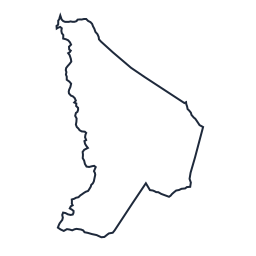 Ourém, Pará, Brazil (orthographic projection), rotated 92°
{"feature_id": "56859067B89824536702228", "entity_name": "Ourém", "entity_type": "district", "adm_level": 2, "iso_a3": "BRA", "parent_name": "Brazil", "parent_adm1": "Pará", "projection": "orthographic", "projection_center": [-47.142, -1.488], "detail": "fine", "context": "isolated", "style": "outline", "palette": "slate", "viewbox_px": 256, "rotation_deg": 92, "n_neighbors": 0, "source": "geoboundaries", "source_scale": "gbopen_adm2", "svg_char_len": 2511}
<svg xmlns="http://www.w3.org/2000/svg" viewBox="0 0 256 256"><g transform="rotate(92 128 128)"><path d="M20.5,173.6L20.6,175.8L21.2,178.0L21.2,180.1L21.5,182.2L23.0,183.2L23.7,185.1L23.8,187.2L23.5,189.1L24.0,191.0L24.1,194.6L23.4,196.5L21.9,198.1L17.9,199.6L19.7,200.1L21.7,200.5L23.2,201.5L25.3,201.4L27.2,201.4L28.5,203.0L31.1,202.7L30.0,201.0L29.4,199.3L30.6,197.7L33.3,198.0L35.6,197.4L37.4,195.9L40.9,195.9L41.5,193.1L42.4,190.9L44.4,189.0L46.7,187.8L48.8,189.8L51.6,189.5L52.7,187.9L54.2,188.8L55.3,190.4L57.2,188.9L58.8,188.3L61.0,187.5L63.6,187.0L66.2,188.8L68.1,190.4L70.2,191.9L72.3,192.2L74.3,191.5L76.8,191.9L78.8,191.0L81.9,190.9L83.7,188.2L85.7,186.4L89.0,187.0L91.9,188.2L93.7,188.5L95.5,188.2L97.6,186.2L98.3,184.2L100.0,182.3L102.5,181.1L104.4,182.6L105.3,180.5L107.8,180.6L109.6,178.6L111.5,178.5L113.6,179.1L114.8,180.6L117.7,181.2L120.3,179.7L123.7,179.8L126.4,180.2L128.8,179.2L130.2,177.6L131.9,176.3L133.0,174.2L133.2,171.0L134.4,169.6L136.2,170.3L138.7,170.6L141.5,169.4L142.6,171.1L145.2,170.4L147.1,169.2L149.3,167.4L151.3,171.0L153.5,172.5L156.0,172.1L157.7,172.1L159.7,172.2L162.1,170.7L165.4,169.8L168.0,168.1L168.3,165.5L167.4,162.4L167.0,160.5L168.2,158.9L172.3,160.5L174.1,159.5L175.9,159.1L178.0,159.5L180.3,159.9L182.6,160.3L184.7,161.3L186.0,162.7L188.0,163.2L190.5,164.6L192.3,165.7L193.2,168.0L194.4,169.8L195.8,171.6L197.0,173.3L198.9,175.1L199.5,177.5L200.6,179.3L201.4,181.7L203.4,181.5L205.5,181.5L207.2,180.6L208.2,182.4L210.4,183.4L211.6,181.1L212.8,179.5L214.7,179.5L216.4,180.2L216.9,182.3L216.4,185.0L215.2,187.5L214.8,189.9L217.2,190.7L219.9,190.0L222.2,190.5L223.7,191.6L225.7,193.0L227.6,193.8L230.0,194.6L231.7,191.9L232.4,190.3L233.1,188.6L231.2,185.5L231.5,182.9L232.2,180.2L231.1,177.9L230.6,176.0L231.1,171.4L231.9,169.2L233.7,167.8L234.2,164.6L235.3,160.2L236.1,155.6L237.0,153.5L238.1,150.8L237.7,147.8L235.2,144.9L234.0,143.4L233.2,139.6L230.8,137.8L203.2,121.0L182.6,108.2L189.3,103.9L189.6,101.0L190.2,99.4L191.1,97.6L191.1,95.5L192.7,92.5L195.3,84.6L194.1,83.0L192.5,81.8L190.7,79.9L188.8,77.7L188.2,74.9L186.9,72.4L186.4,68.8L185.0,67.1L184.6,63.8L180.3,63.3L176.7,64.7L170.5,63.9L155.1,60.0L124.4,53.0L122.6,56.6L118.4,59.6L116.4,61.1L115.3,62.6L112.7,65.0L110.5,65.7L108.3,67.6L107.0,69.1L104.4,69.7L102.1,70.6L100.2,70.9L101.1,72.5L76.4,113.3L67.7,127.1L52.8,145.9L42.5,158.1L40.4,160.1L38.0,160.5L35.3,161.8L33.1,163.9L30.0,165.1L27.6,166.5L25.2,167.5L23.5,169.2L22.4,171.6L20.5,173.6Z" fill="none" stroke="#1e293b" stroke-width="2"/></g></svg>